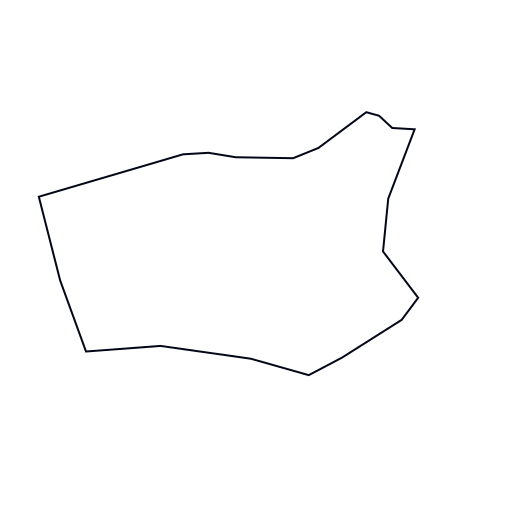 map outline of Saint Andrew (Robinson projection), rotated 250°
{"feature_id": "GRD-5070", "entity_name": "Saint Andrew", "entity_type": "Parish", "adm_level": 1, "iso_a3": "GRD", "parent_name": "Grenada", "parent_adm1": "", "projection": "robinson", "projection_center": [-61.639, 12.124], "detail": "fine", "context": "isolated", "style": "outline", "palette": "ink", "viewbox_px": 512, "rotation_deg": 250, "n_neighbors": 0, "source": "natural_earth", "source_scale": "10m", "svg_char_len": 414}
<svg xmlns="http://www.w3.org/2000/svg" viewBox="0 0 512 512"><g transform="rotate(250 256 256)"><path d="M386.0,72.2L376.5,222.2L369.2,246.7L355.7,270.8L335.2,324.3L336.2,351.6L353.4,408.8L345.7,419.6L329.7,427.8L320.8,448.4L264.7,399.9L216.8,376.9L161.3,394.1L146.2,371.1L131.1,302.1L126.0,264.8L161.3,215.9L204.2,135.4L224.4,63.6L300.0,63.6L386.0,72.2Z" fill="none" stroke="#020617" stroke-width="2"/></g></svg>